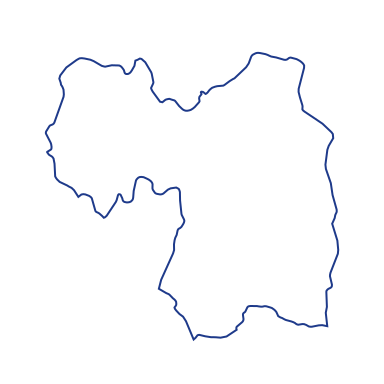 an SVG outline of Bamyan, rotated 97°
{"feature_id": "AFG-1743", "entity_name": "Bamyan", "entity_type": "Province", "adm_level": 1, "iso_a3": "AFG", "parent_name": "Afghanistan", "parent_adm1": "", "projection": "equal_earth", "projection_center": [67.218, 34.704], "detail": "fine", "context": "isolated", "style": "outline", "palette": "blue", "viewbox_px": 384, "rotation_deg": 97, "n_neighbors": 0, "source": "natural_earth", "source_scale": "10m", "svg_char_len": 4599}
<svg xmlns="http://www.w3.org/2000/svg" viewBox="0 0 384 384"><g transform="rotate(97 192 192)"><path d="M210.7,304.2L204.6,309.3L202.6,312.0L201.5,315.1L200.8,316.5L198.1,324.6L195.9,327.5L194.6,328.7L193.2,329.7L180.7,331.9L175.7,333.5L174.9,334.2L174.2,334.9L173.7,335.7L172.6,338.2L172.1,338.9L171.0,339.8L170.6,340.3L170.2,340.6L169.8,340.6L167.4,337.6L166.8,337.0L166.5,336.9L165.7,336.8L164.3,336.9L161.8,337.6L160.3,338.3L151.8,344.1L150.9,344.3L149.8,344.2L144.1,341.6L143.3,341.0L143.1,340.7L142.7,340.0L142.3,339.2L141.8,338.4L141.1,337.7L139.9,337.1L113.2,331.1L110.7,331.1L106.1,332.0L104.2,333.0L102.8,333.9L102.1,334.6L101.4,335.1L99.6,335.6L95.7,337.5L92.4,337.0L83.7,331.9L75.1,322.7L73.6,320.7L73.0,319.7L72.6,317.7L72.6,314.9L73.1,309.0L74.1,305.5L77.8,296.9L78.1,294.8L78.2,293.5L76.0,287.1L75.3,279.8L75.6,278.7L76.1,277.7L77.0,276.6L79.0,274.7L79.9,274.2L81.4,273.6L82.1,273.2L82.6,272.6L82.9,271.8L82.8,270.6L82.5,269.6L81.6,268.4L80.5,267.5L78.6,266.5L73.8,264.5L68.5,264.2L67.4,262.1L65.9,260.0L66.0,259.1L66.1,258.3L68.9,254.2L78.1,247.1L79.5,246.4L87.7,243.7L88.4,243.7L89.1,243.8L93.8,245.3L95.1,244.7L97.1,243.3L106.3,234.7L106.5,232.3L103.9,229.8L103.3,228.9L102.5,226.7L102.3,225.7L102.8,223.4L103.2,220.9L103.3,220.5L103.7,219.8L108.2,215.3L110.6,212.1L111.5,210.6L111.9,209.3L112.1,207.9L111.9,206.5L111.4,204.9L110.7,203.3L109.2,201.4L107.3,199.6L102.1,196.0L101.1,195.6L100.5,195.7L98.4,196.3L97.7,196.3L97.1,196.3L96.6,196.2L94.0,194.6L93.7,194.5L93.3,194.6L92.2,195.3L91.7,195.3L91.3,194.9L91.3,193.4L91.8,192.4L92.8,190.9L93.0,190.4L92.4,189.6L91.4,188.7L89.0,187.3L87.5,186.1L86.1,184.7L84.7,182.0L83.9,179.9L82.6,173.9L81.8,172.8L77.4,168.2L74.9,165.1L74.4,164.3L74.0,163.7L61.6,153.5L57.5,151.4L50.7,149.8L49.3,149.2L48.3,148.3L48.0,147.9L46.9,146.3L46.4,145.4L46.0,144.3L45.8,142.8L45.8,141.2L46.2,136.0L46.5,134.6L46.8,133.4L47.2,132.3L47.9,129.9L48.2,124.9L49.5,116.9L49.5,115.6L49.2,114.5L48.7,113.6L47.3,112.2L46.9,111.5L46.6,110.8L46.6,110.0L47.3,104.8L47.6,103.7L48.6,101.2L49.3,99.9L50.0,98.8L51.0,97.5L51.9,96.7L52.8,96.1L55.2,95.9L76.6,98.7L79.7,98.4L84.9,96.4L92.5,93.0L93.6,92.7L96.6,92.5L97.5,91.7L98.5,90.1L108.3,70.8L115.7,60.8L117.3,59.3L121.4,58.4L129.5,61.9L133.6,62.8L148.6,62.9L152.8,61.9L166.3,55.3L177.9,52.1L191.8,46.3L193.5,46.0L194.8,46.1L195.7,46.5L197.5,47.0L200.5,47.2L206.4,49.0L222.5,41.8L231.7,39.8L235.5,39.7L255.2,44.7L257.2,44.9L258.8,44.8L266.9,41.8L268.4,41.7L269.5,42.1L270.2,42.8L271.5,44.8L272.3,45.6L273.5,46.4L274.7,46.5L289.6,44.1L295.6,44.5L308.7,41.4L308.3,46.5L308.9,49.9L311.1,56.6L311.3,58.2L311.2,59.7L310.0,62.5L309.5,64.6L309.6,66.3L310.8,70.4L310.6,71.7L310.1,72.9L309.5,73.8L308.9,75.4L308.4,77.5L307.6,83.2L307.1,84.8L306.1,87.2L305.7,89.0L304.7,91.3L300.9,93.6L300.0,94.5L299.0,95.7L298.3,96.9L297.4,98.6L297.1,100.0L296.4,104.2L296.4,105.4L296.6,106.5L297.0,107.5L297.3,108.6L297.4,109.7L297.4,110.9L297.4,112.1L297.3,113.3L298.0,120.0L298.4,121.5L298.9,122.4L299.7,123.0L304.2,124.5L304.8,124.9L305.2,125.4L305.8,126.0L306.5,126.4L307.3,126.5L308.4,126.3L311.8,125.4L312.9,125.4L314.0,125.7L315.0,126.3L320.2,131.1L320.9,131.4L321.7,131.4L322.3,131.3L323.3,130.9L331.2,140.1L333.1,145.9L333.3,151.0L333.8,155.4L333.6,161.3L332.9,167.4L333.2,168.4L333.6,169.1L336.4,170.8L338.2,172.4L321.0,182.2L316.8,185.7L314.6,189.6L311.5,193.3L309.9,194.8L308.7,195.3L307.0,194.3L305.9,193.9L304.6,194.0L302.9,194.4L301.8,195.2L300.8,196.4L299.8,198.0L296.8,201.7L296.2,202.7L295.5,205.2L292.1,213.1L282.9,211.9L255.3,203.3L251.8,202.7L246.1,203.5L241.9,203.4L239.4,203.0L236.5,202.0L231.9,201.6L230.7,201.2L229.9,200.4L229.2,199.4L228.0,198.3L225.1,196.9L223.4,196.3L222.0,196.1L221.1,196.2L220.2,196.6L216.0,199.4L215.0,199.8L201.9,202.8L193.5,204.0L192.3,204.5L190.8,205.3L190.3,206.1L189.5,208.2L191.0,213.7L192.6,216.2L197.1,220.3L197.9,221.7L198.3,223.3L198.1,226.7L197.8,227.9L197.3,228.7L194.7,231.0L194.0,231.4L193.1,231.7L189.1,232.1L188.1,232.5L187.2,233.2L186.4,234.0L185.7,235.1L184.9,236.6L184.2,238.6L183.2,241.8L183.2,244.2L183.6,245.9L184.4,247.1L185.4,247.9L186.4,248.6L187.5,249.0L198.0,250.0L204.6,249.7L206.1,249.8L207.4,250.3L209.0,251.6L209.7,252.9L210.1,254.3L210.3,255.6L210.2,256.8L210.1,257.9L209.7,258.7L209.2,259.3L208.6,259.7L208.0,260.0L206.8,260.4L203.5,262.5L203.1,263.3L203.1,264.3L203.6,264.8L204.4,265.1L209.3,265.8L211.2,266.4L226.0,273.8L227.7,275.3L228.3,276.4L226.8,278.2L224.6,281.4L224.1,282.5L223.5,284.4L223.1,285.1L222.5,285.6L210.4,290.7L209.3,291.9L208.4,293.6L207.4,297.6L207.4,299.7L208.0,301.5L210.7,304.2Z" fill="none" stroke="#1e3a8a" stroke-width="2"/></g></svg>